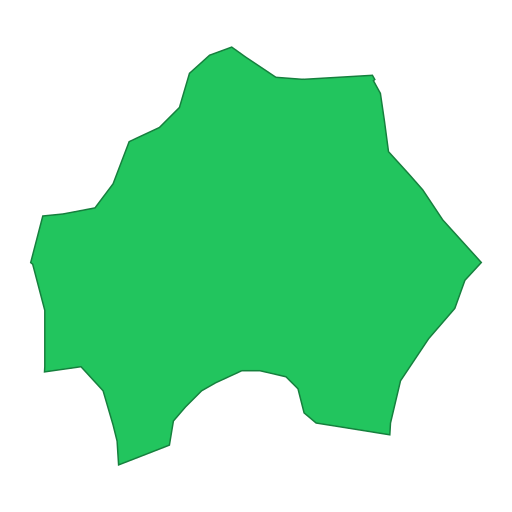 outline of Anyang-si, Gyeonggi, South Korea
{"feature_id": "91817680B30491742711894", "entity_name": "Anyang-si", "entity_type": "district", "adm_level": 2, "iso_a3": "KOR", "parent_name": "South Korea", "parent_adm1": "Gyeonggi", "projection": "mercator", "projection_center": [126.93, 37.391], "detail": "fine", "context": "isolated", "style": "filled", "palette": "green", "viewbox_px": 512, "rotation_deg": 0, "n_neighbors": 0, "source": "geoboundaries", "source_scale": "gbopen_adm2", "svg_char_len": 770}
<svg xmlns="http://www.w3.org/2000/svg" viewBox="0 0 512 512"><path d="M44.5,371.9L81.0,366.7L103.1,390.8L113.1,425.0L117.1,441.1L118.6,464.9L169.4,445.1L173.4,421.0L185.5,406.9L201.6,390.8L215.6,382.8L241.8,370.7L254.6,370.7L259.9,370.7L286.0,376.8L298.0,388.8L304.1,412.9L316.1,423.0L389.8,434.8L390.5,423.0L400.5,380.8L428.7,338.6L454.8,308.4L464.9,280.3L481.3,262.5L442.8,220.0L422.7,189.8L408.6,173.8L388.5,151.7L384.5,121.5L380.4,93.4L373.4,80.7L374.8,79.5L372.4,75.3L304.1,79.3L303.2,79.2L302.1,79.3L275.9,77.3L245.8,57.2L231.7,47.1L209.6,55.2L189.5,73.3L180.0,105.6L179.5,107.4L159.4,127.5L129.2,141.6L113.1,183.8L95.0,207.9L62.9,214.0L42.8,216.0L30.7,262.6L32.7,264.2L44.8,310.4L44.8,366.7L44.5,371.9Z" fill="#22c55e" stroke="#15803d" stroke-width="1.5"/></svg>